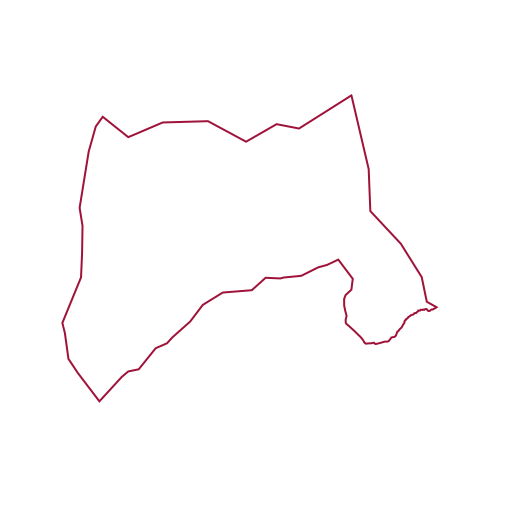 the district of Ceel, Töv, Mongolia, rotated 14°
{"feature_id": "93677404B76235859844194", "entity_name": "Ceel", "entity_type": "district", "adm_level": 2, "iso_a3": "MNG", "parent_name": "Mongolia", "parent_adm1": "Töv", "projection": "mercator", "projection_center": [105.615, 48.405], "detail": "fine", "context": "isolated", "style": "outline", "palette": "rose", "viewbox_px": 512, "rotation_deg": 14, "n_neighbors": 0, "source": "geoboundaries", "source_scale": "gbopen_adm2", "svg_char_len": 2625}
<svg xmlns="http://www.w3.org/2000/svg" viewBox="0 0 512 512"><g transform="rotate(14 256 256)"><path d="M443.6,262.0L432.8,259.1L421.9,236.4L393.6,209.1L356.1,184.8L344.3,144.4L309.8,77.2L309.7,77.1L266.9,121.9L244.1,123.1L218.7,147.5L176.8,136.8L133.2,149.0L103.3,171.6L73.6,158.0L69.2,169.1L68.4,195.1L73.2,251.9L80.4,268.8L86.6,295.5L91.4,319.1L84.3,367.8L89.2,377.0L98.9,401.2L111.3,412.5L139.2,434.9L155.0,405.8L160.0,398.9L169.6,394.3L181.0,369.7L190.8,362.2L194.4,355.4L208.0,335.5L216.2,316.3L232.6,299.5L260.2,290.2L270.6,274.8L285.0,271.9L288.3,270.1L304.7,264.3L318.9,252.1L327.2,247.4L336.7,239.6L355.4,254.7L356.7,265.6L352.4,272.2L351.9,276.4L353.6,282.9L355.9,287.7L358.3,292.0L358.3,292.3L358.4,293.3L358.4,296.2L359.2,298.9L359.6,299.6L360.9,300.4L363.0,301.4L365.1,302.5L367.5,303.8L367.8,304.0L369.4,304.8L370.9,305.7L373.6,307.3L375.1,308.2L376.6,309.0L376.9,309.2L378.7,310.5L378.8,310.5L380.2,311.7L381.0,312.5L381.2,312.8L381.5,313.1L382.4,314.0L382.8,314.0L383.8,314.5L386.2,313.6L387.9,313.1L389.3,312.7L390.1,312.2L391.4,311.6L392.9,312.5L394.1,312.2L395.4,311.4L396.9,310.7L398.2,309.9L399.4,309.3L400.6,308.5L401.8,307.9L403.0,307.6L404.4,307.2L405.4,306.3L406.7,303.4L407.1,302.4L407.6,302.0L408.0,301.8L408.8,301.5L409.8,301.1L410.5,300.3L410.9,299.6L411.2,298.1L411.3,295.8L411.5,295.4L411.6,295.2L411.8,295.0L412.0,294.7L412.4,294.2L412.6,293.4L412.7,293.2L413.1,292.4L413.8,291.3L413.9,291.2L414.5,290.1L414.6,289.9L414.8,289.1L415.0,288.2L415.2,287.8L415.4,286.9L415.6,286.1L416.0,285.6L416.2,284.9L416.0,284.2L415.9,284.0L415.9,283.7L416.1,282.6L416.4,282.3L416.6,282.2L416.8,281.8L416.7,281.4L416.8,281.1L417.2,280.9L417.6,280.3L418.0,279.8L418.1,279.5L418.4,279.1L418.5,278.9L418.5,278.7L418.6,278.3L418.7,278.2L419.2,277.9L419.5,277.4L420.1,276.8L420.3,276.6L420.4,276.4L420.6,276.1L420.7,275.9L420.9,275.8L421.0,275.7L421.4,275.5L422.3,275.0L423.0,274.4L423.3,273.8L423.6,273.1L423.8,273.0L424.1,272.9L424.4,272.8L424.7,272.7L425.0,272.7L425.3,272.4L425.6,271.8L425.6,271.7L425.9,271.3L426.0,271.1L426.2,270.8L426.3,270.8L426.6,270.4L426.6,270.0L426.7,269.9L426.7,269.7L426.8,269.7L427.0,269.6L427.5,269.5L427.8,269.4L428.4,269.2L428.6,268.7L429.0,268.2L429.4,268.2L430.2,268.1L430.8,267.9L431.2,267.5L431.6,267.4L431.8,267.6L432.1,267.6L432.2,267.4L432.5,267.0L432.8,266.9L433.2,266.7L433.5,266.4L433.9,266.2L434.3,266.3L434.8,266.4L435.3,266.8L435.6,267.2L436.2,267.5L436.7,267.6L437.3,267.6L437.8,267.2L438.4,266.6L438.6,266.2L439.0,265.7L439.5,265.4L439.9,265.3L440.4,265.2L441.1,264.4L441.9,263.9L442.5,263.2L443.6,262.0Z" fill="none" stroke="#9f1239" stroke-width="2"/></g></svg>